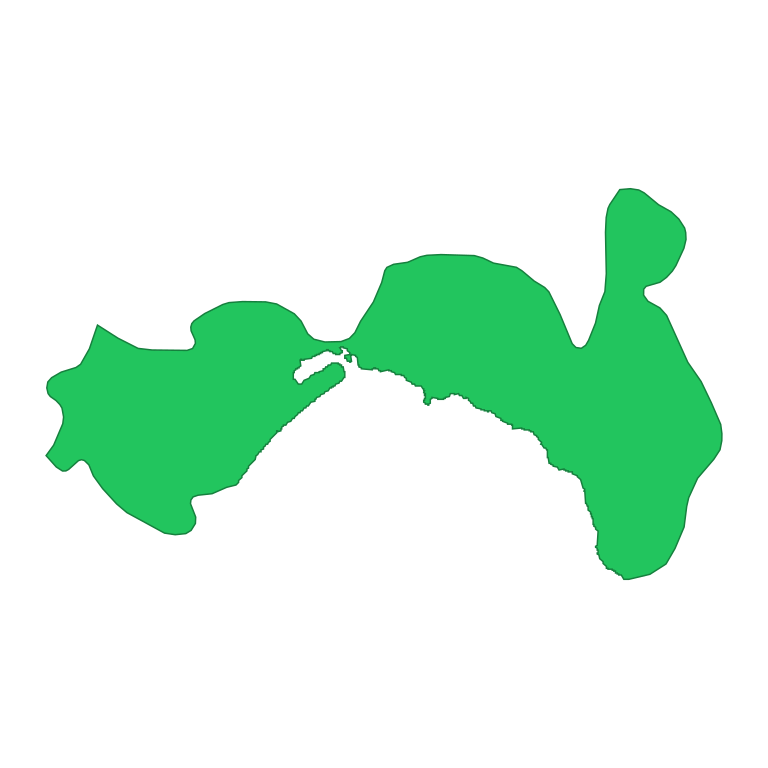 the district of Jaquimeyes, Barahona, Dominican Republic
{"feature_id": "3306468B18666570412255", "entity_name": "Jaquimeyes", "entity_type": "district", "adm_level": 2, "iso_a3": "DOM", "parent_name": "Dominican Republic", "parent_adm1": "Barahona", "projection": "robinson", "projection_center": [-71.041, 18.313], "detail": "fine", "context": "isolated", "style": "filled", "palette": "green", "viewbox_px": 768, "rotation_deg": 0, "n_neighbors": 0, "source": "geoboundaries", "source_scale": "gbopen_adm2", "svg_char_len": 6070}
<svg xmlns="http://www.w3.org/2000/svg" viewBox="0 0 768 768"><path d="M658.5,204.7L644.2,192.9L638.8,190.0L630.4,188.7L619.8,189.6L609.8,204.5L608.0,208.4L606.2,217.5L605.5,232.3L606.3,273.7L604.9,291.6L599.4,305.4L595.5,323.1L588.6,340.3L585.7,345.3L581.3,348.3L575.9,347.5L572.2,343.7L560.1,314.6L548.9,291.9L544.7,287.5L534.1,281.0L522.1,270.9L516.4,267.3L493.5,263.1L482.8,258.0L474.3,255.6L441.0,254.6L426.9,255.3L420.2,256.8L407.6,262.3L393.6,264.3L386.9,267.4L384.8,270.7L381.7,282.5L373.4,302.0L360.6,321.2L354.9,332.7L349.3,338.5L341.0,341.6L324.9,342.0L313.8,339.2L307.7,333.8L301.1,321.1L294.3,313.8L276.7,304.0L265.7,301.9L242.6,301.6L229.0,302.6L222.8,304.5L204.8,313.5L194.1,320.8L191.8,323.6L190.8,327.1L191.1,330.8L195.1,339.8L195.4,343.4L192.6,348.5L187.1,350.4L152.0,350.0L138.1,348.4L118.0,338.2L97.5,325.1L89.4,348.8L80.6,364.3L76.0,367.5L61.2,372.1L51.6,377.7L47.8,382.0L46.8,387.9L48.1,393.6L50.3,396.5L56.0,400.5L59.9,404.6L62.0,408.1L63.6,417.0L62.8,423.7L53.7,445.1L46.1,455.6L56.3,467.0L62.5,471.0L65.9,470.9L68.7,469.4L78.5,460.6L81.5,459.7L84.4,460.5L88.9,464.9L93.4,475.9L102.7,488.7L116.6,503.9L126.9,512.6L164.5,533.1L175.2,534.7L185.8,533.6L191.1,530.4L195.4,523.5L195.7,517.1L190.5,503.7L190.9,500.0L193.1,496.9L198.1,495.2L212.1,493.7L226.7,487.3L236.0,485.0L238.6,482.4L238.6,480.5L241.9,477.6L241.9,475.7L246.9,470.9L246.9,469.0L248.5,468.1L248.5,466.2L255.2,459.5L256.0,455.7L257.6,454.7L259.3,451.8L261.0,451.8L261.0,449.9L263.5,449.0L263.5,447.1L265.1,446.1L265.9,444.2L267.6,444.2L268.4,442.3L270.1,441.3L270.1,439.4L276.7,432.8L276.7,430.8L277.6,430.8L277.6,431.8L280.9,430.8L280.9,428.9L281.7,428.9L281.7,427.0L283.4,426.1L283.4,425.1L285.9,425.1L287.5,422.3L290.8,421.3L292.5,418.4L294.2,418.4L295.0,416.5L297.5,414.6L298.3,412.7L300.0,412.7L300.8,410.8L302.5,410.8L304.1,407.9L305.8,407.9L306.6,406.0L308.3,406.0L310.8,402.2L314.9,401.3L314.9,399.3L315.8,399.3L316.6,397.4L319.9,396.5L320.7,394.6L324.1,393.6L324.9,391.7L328.2,390.8L329.9,387.9L331.5,387.9L331.5,386.9L333.2,386.9L333.2,386.0L334.9,386.0L335.7,384.1L339.0,383.1L339.8,381.2L341.5,381.2L344.0,377.4L344.8,377.4L344.8,371.7L344.0,371.7L343.2,366.9L341.5,366.9L341.5,365.0L339.8,365.0L339.8,364.0L338.2,364.0L338.2,363.1L331.5,363.1L330.7,365.0L328.2,365.0L327.4,366.9L325.7,366.9L324.9,368.8L323.2,368.8L323.2,370.7L319.1,371.7L319.1,372.6L314.9,372.6L314.1,374.5L310.8,375.5L309.1,378.3L304.1,380.3L301.7,384.1L298.3,384.1L295.0,379.3L293.3,379.3L293.3,372.6L294.2,372.6L294.2,370.7L295.8,369.8L295.8,368.8L297.5,368.8L297.5,367.8L299.1,367.8L299.1,366.9L300.8,365.9L300.0,360.2L300.8,360.2L300.8,359.3L301.7,359.3L301.7,360.2L304.1,360.2L304.1,359.3L311.6,358.3L312.4,356.4L314.9,356.4L314.9,355.4L316.6,355.4L316.6,354.5L319.1,354.5L319.1,353.5L320.7,353.5L320.7,352.6L322.4,352.6L322.4,351.6L326.6,350.7L326.6,349.7L328.2,349.7L328.2,350.7L329.9,350.7L329.9,351.6L332.4,351.6L333.2,353.5L335.7,353.5L335.7,354.5L339.8,354.5L339.8,353.5L342.3,352.6L342.3,350.7L341.5,350.7L339.8,347.8L340.7,347.8L340.7,346.9L343.2,346.9L343.2,347.8L347.3,348.8L347.3,350.7L349.8,352.6L349.8,354.5L344.8,355.4L344.8,358.3L346.5,358.3L347.3,361.2L349.8,361.2L349.8,362.1L350.6,362.1L350.6,361.2L351.5,361.2L350.6,355.4L351.5,355.4L351.5,354.5L355.6,355.4L355.6,356.4L357.3,357.4L358.1,365.0L358.9,365.0L358.9,366.9L361.4,367.8L361.4,368.8L372.2,369.8L372.2,368.8L373.9,368.8L373.9,367.8L375.5,367.8L375.5,368.8L378.0,368.8L378.9,370.7L380.5,370.7L380.5,371.7L388.8,369.8L388.8,370.7L391.3,370.7L391.3,371.7L394.6,372.6L395.5,374.5L401.3,374.5L401.3,375.5L403.8,375.5L404.6,377.4L406.3,378.3L406.3,380.3L411.3,382.2L412.1,384.1L414.6,384.1L415.4,386.0L421.2,386.0L422.9,388.8L423.7,388.8L423.7,390.8L424.5,390.8L423.7,392.7L425.4,393.6L425.4,394.6L424.5,394.6L424.5,395.5L425.4,395.5L425.4,398.4L424.5,398.4L424.5,400.3L423.7,400.3L423.7,402.2L425.4,403.2L425.4,404.1L427.9,404.1L427.9,405.1L428.7,405.1L428.7,404.1L430.3,403.2L430.3,399.3L432.0,398.4L432.0,397.4L437.8,398.4L437.8,399.3L443.6,399.3L443.6,398.4L445.3,398.4L445.3,397.4L449.4,396.5L450.3,393.6L454.4,393.6L454.4,394.6L458.6,393.6L459.4,395.5L461.9,395.5L463.5,398.4L466.1,398.4L466.1,397.4L468.5,398.4L468.5,400.3L470.2,401.3L471.0,403.2L472.7,403.2L473.5,406.0L475.2,406.0L476.0,407.9L481.0,408.9L481.0,409.8L484.3,409.8L484.3,410.8L487.6,410.8L487.6,411.8L488.5,411.8L488.5,410.8L491.0,410.8L491.8,412.7L495.1,413.7L495.9,416.5L500.9,418.4L500.9,420.3L502.6,420.3L502.6,421.3L507.6,423.2L507.6,424.2L511.7,424.2L511.7,425.1L512.5,425.1L512.5,428.9L521.7,428.0L521.7,428.9L524.2,428.9L524.2,429.9L529.2,429.9L529.2,430.8L530.8,430.8L530.8,431.8L533.3,431.8L534.1,434.7L536.6,435.6L536.6,436.6L538.3,437.5L538.3,439.4L541.6,442.3L540.8,444.2L541.6,444.2L544.1,448.0L545.8,448.0L546.6,449.9L547.4,449.9L547.4,457.6L548.2,457.6L549.1,463.3L550.7,463.3L550.7,464.2L553.2,465.2L553.2,466.2L557.4,467.1L559.0,470.0L564.0,469.0L564.0,470.0L565.7,470.0L565.7,470.9L568.2,470.9L568.2,471.9L572.3,471.9L572.3,473.8L577.3,475.7L577.3,476.7L580.6,479.5L583.1,488.1L584.8,489.1L584.0,491.0L584.8,491.0L585.6,503.4L586.4,503.4L587.3,506.2L588.1,506.2L588.1,510.1L590.6,512.0L590.6,513.9L591.4,513.9L591.4,516.7L592.3,516.7L592.3,518.6L593.1,518.6L593.1,524.4L593.9,524.4L593.9,526.3L595.6,527.2L595.6,529.1L598.1,531.1L597.2,545.4L595.6,546.3L595.6,547.3L597.2,548.2L597.2,550.1L598.1,550.1L598.1,553.0L597.2,553.0L597.2,554.0L598.9,554.9L599.7,558.7L603.1,561.6L603.1,563.5L606.4,566.4L606.4,568.3L608.0,568.3L608.0,569.2L612.2,569.2L612.2,570.2L613.8,570.2L613.8,571.1L615.5,571.1L615.5,573.0L617.2,573.0L617.2,574.0L618.8,574.0L618.8,575.0L621.3,575.0L623.8,579.3L628.9,579.3L649.9,574.3L666.0,564.0L675.0,548.5L684.1,527.0L686.7,506.4L688.7,497.7L697.6,478.2L713.8,459.3L720.0,449.8L721.8,440.7L721.9,433.7L720.7,424.4L711.3,402.7L701.1,381.5L687.8,362.3L666.6,315.4L659.9,307.9L648.0,301.3L643.6,295.2L643.7,289.2L646.1,286.3L660.1,282.2L666.6,277.3L672.4,271.0L675.9,265.6L683.9,248.3L686.0,239.5L685.7,232.6L684.6,228.0L678.8,219.0L671.1,211.8L658.5,204.7Z" fill="#22c55e" stroke="#15803d" stroke-width="1.5"/></svg>